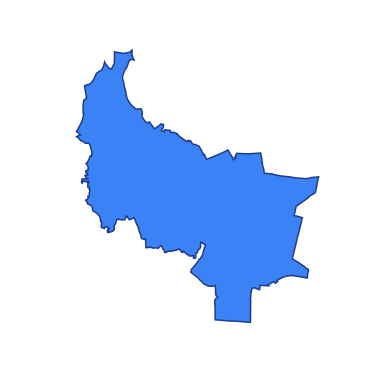 the district of Husi, Vaslui, Romania, rotated 21°
{"feature_id": "2599482B45032832471222", "entity_name": "Husi", "entity_type": "district", "adm_level": 2, "iso_a3": "ROU", "parent_name": "Romania", "parent_adm1": "Vaslui", "projection": "mercator", "projection_center": [28.068, 46.676], "detail": "fine", "context": "isolated", "style": "filled", "palette": "blue", "viewbox_px": 384, "rotation_deg": 21, "n_neighbors": 0, "source": "geoboundaries", "source_scale": "gbopen_adm2", "svg_char_len": 5972}
<svg xmlns="http://www.w3.org/2000/svg" viewBox="0 0 384 384"><g transform="rotate(21 192 192)"><path d="M128.0,260.1L128.7,259.3L129.5,259.0L131.6,257.5L132.3,256.6L132.8,255.4L132.6,254.1L131.4,251.2L132.0,248.8L131.6,244.4L137.3,242.9L139.4,241.7L139.2,240.7L139.4,239.0L139.2,238.1L139.4,238.0L139.8,238.2L140.2,238.0L140.3,238.4L143.5,240.3L144.9,239.2L147.2,236.8L152.6,242.6L153.1,242.7L154.9,244.8L155.3,245.7L156.9,247.7L159.7,250.8L161.4,253.4L163.8,253.5L164.5,253.2L165.4,252.5L169.0,260.5L171.4,259.4L172.2,258.6L172.3,258.8L173.8,258.4L175.3,258.4L176.8,257.9L178.1,257.1L180.6,256.8L181.1,255.3L182.0,253.5L182.4,253.2L183.6,253.8L183.8,254.3L184.8,255.4L187.1,256.7L188.1,258.1L188.8,258.1L189.9,257.4L190.3,256.3L191.4,255.6L193.0,254.9L194.2,254.8L194.5,254.0L194.7,253.8L196.3,253.2L198.1,251.9L198.4,251.4L199.2,251.1L199.9,249.9L201.3,249.9L201.6,250.6L203.4,251.4L203.8,251.8L204.6,252.0L205.0,251.8L205.1,250.8L205.3,250.3L210.4,252.3L212.3,251.8L212.5,252.6L214.0,252.2L216.2,250.9L216.5,251.0L216.8,251.8L216.9,253.2L218.6,252.9L218.9,251.4L217.7,248.4L217.7,247.9L218.7,246.8L218.6,243.9L219.0,242.9L219.4,242.6L219.7,241.8L219.7,239.8L218.7,238.0L218.2,235.8L222.5,236.5L223.3,236.3L223.6,237.3L223.6,239.7L223.8,241.0L223.8,243.1L224.4,246.6L224.1,248.4L224.0,249.4L223.4,251.5L222.7,252.7L222.5,254.4L221.0,259.8L220.4,260.9L219.9,263.2L219.1,264.3L219.1,264.8L219.5,265.5L219.4,267.2L228.1,269.9L230.6,271.2L233.9,272.5L235.9,273.5L237.0,273.8L238.8,273.6L240.8,274.1L245.0,272.6L247.3,271.0L251.0,279.4L251.8,280.2L253.7,280.6L253.8,281.3L252.8,282.4L252.1,283.8L252.3,284.1L252.4,285.1L252.2,285.4L253.9,289.5L254.3,289.9L259.4,303.0L269.3,300.1L271.4,299.6L278.9,297.0L293.3,292.8L285.8,272.6L285.1,272.0L285.1,271.0L284.5,269.7L284.3,267.9L283.5,266.2L282.7,265.4L283.3,264.6L282.8,263.4L282.8,261.8L282.5,260.4L283.2,259.8L285.0,259.1L289.7,259.1L290.2,258.9L288.9,254.8L297.2,252.1L296.3,251.4L300.6,246.2L302.3,247.4L304.2,244.9L302.9,244.0L307.1,239.4L308.9,237.7L314.2,234.5L317.5,233.6L330.4,231.0L329.2,226.7L328.8,223.2L328.4,222.6L324.8,221.9L324.1,221.5L322.7,221.1L317.2,219.8L309.8,218.5L309.4,217.4L307.4,201.3L307.0,198.7L306.6,197.7L306.7,196.5L305.9,188.8L305.5,186.5L304.2,176.4L295.7,177.3L295.2,173.1L294.3,168.1L301.3,157.7L303.8,153.1L307.3,148.5L306.5,142.8L305.3,137.1L304.8,132.5L298.1,135.8L296.0,137.5L293.1,138.9L283.8,141.6L277.6,142.9L269.0,145.2L263.0,146.3L260.0,146.4L260.0,146.7L254.6,148.0L252.9,148.7L251.8,147.1L251.1,145.4L249.8,143.6L249.1,143.1L245.2,136.0L242.1,131.0L230.2,136.5L219.8,139.9L219.9,142.2L220.0,143.2L221.0,145.5L219.7,143.7L219.8,145.5L219.4,146.4L219.3,147.7L219.0,146.4L217.9,145.5L214.0,142.7L211.2,140.3L210.3,140.0L210.3,140.3L203.1,147.7L193.9,156.3L190.1,152.4L189.5,153.2L188.8,152.6L188.2,151.7L187.4,151.3L184.9,148.8L184.6,148.8L183.4,147.7L182.9,147.5L182.8,147.2L181.9,146.7L180.8,146.5L179.6,146.8L178.3,146.4L178.0,146.8L177.5,146.6L176.1,147.2L173.4,145.7L172.5,145.6L172.3,145.3L172.5,144.8L172.0,144.6L170.8,145.8L170.2,145.7L170.0,145.2L169.8,145.1L168.7,146.8L161.1,144.8L157.8,143.5L157.7,143.0L157.5,142.9L156.8,143.5L156.5,143.0L153.7,142.7L152.8,143.0L152.6,143.3L151.9,143.6L151.9,143.8L150.7,144.1L149.7,142.5L149.4,142.4L144.8,143.4L144.1,143.8L144.3,144.9L144.6,145.7L144.0,146.0L143.1,145.7L141.2,145.6L141.6,143.7L142.1,142.6L141.7,140.3L141.3,139.3L140.8,139.7L140.1,139.4L139.3,139.8L138.7,139.4L137.0,142.6L134.2,146.5L127.2,141.8L125.7,143.4L125.3,143.5L122.9,143.0L121.5,141.9L120.1,141.1L119.4,140.2L118.7,139.9L118.1,139.2L117.9,138.5L117.6,136.8L116.9,135.1L115.7,133.9L114.8,132.6L110.5,134.5L109.4,134.6L107.3,133.5L105.6,133.2L102.6,131.7L101.6,130.8L100.6,130.2L100.1,129.6L98.6,128.7L98.1,128.2L95.1,123.8L94.1,121.9L91.2,118.0L88.7,113.9L86.8,111.4L86.3,110.7L85.7,108.5L85.5,102.6L86.2,100.2L86.5,97.4L86.3,93.6L86.4,91.8L87.2,90.4L88.6,89.7L90.5,89.5L89.3,88.6L88.5,87.3L86.1,84.6L86.0,82.5L85.0,81.0L84.1,83.5L82.0,85.1L79.6,86.3L78.6,87.2L69.5,88.9L73.4,99.7L72.8,104.7L72.9,105.9L72.0,106.3L70.2,106.1L68.2,105.1L64.9,103.0L63.8,101.9L64.4,106.8L63.8,110.1L63.5,111.1L62.2,112.5L60.8,114.6L60.2,116.1L60.1,119.8L59.8,122.5L59.2,125.1L57.9,127.9L53.9,130.9L53.6,131.4L57.8,138.5L59.2,140.6L59.6,141.8L59.4,142.7L59.5,143.2L58.0,145.1L59.1,149.4L61.3,155.5L62.4,157.9L62.5,158.2L63.2,158.2L63.8,164.3L63.8,166.6L62.8,176.2L62.4,176.8L67.5,178.8L65.2,180.7L64.4,181.9L66.0,182.0L68.6,183.4L70.7,184.1L72.3,183.7L72.6,183.9L73.5,184.0L73.9,184.5L74.7,184.7L77.2,184.0L77.4,183.5L78.5,183.8L79.8,184.5L83.8,190.1L84.6,191.7L85.4,194.1L85.4,194.6L84.1,194.7L84.0,195.5L84.1,197.6L83.8,201.4L83.6,202.3L83.1,203.2L82.3,203.3L83.7,203.8L85.4,205.0L86.3,206.3L86.4,207.1L87.2,208.3L87.2,208.7L86.8,209.0L86.9,209.3L86.6,209.6L85.9,209.6L85.3,210.0L85.3,210.4L85.9,211.7L86.4,212.3L88.3,212.9L88.6,213.5L86.3,214.7L86.2,215.1L86.8,215.8L88.1,216.3L88.8,216.9L89.4,217.1L90.9,216.6L87.4,218.1L86.4,218.8L84.6,219.2L85.1,220.7L85.1,221.8L85.4,222.0L85.6,222.8L86.3,223.1L86.5,222.9L86.5,221.4L87.2,220.7L88.9,220.4L90.2,219.9L90.3,220.3L90.7,220.7L91.4,220.8L91.2,219.8L91.4,219.5L92.7,218.9L92.3,219.4L91.9,220.9L92.2,222.8L93.0,224.8L94.3,224.2L94.6,224.3L95.0,224.9L94.7,225.7L94.8,226.0L95.1,226.3L96.0,226.4L96.1,226.8L96.1,227.7L96.4,228.7L96.3,229.4L96.5,230.0L97.6,232.3L96.3,233.2L96.3,233.5L97.1,234.3L97.3,234.7L96.7,236.8L95.5,237.7L95.5,237.9L97.6,238.9L98.7,240.4L99.2,240.6L103.2,240.8L104.3,241.7L104.2,241.9L105.2,243.3L105.4,244.0L106.3,245.1L110.0,245.8L113.6,247.1L114.9,248.6L115.5,248.9L116.1,250.0L116.5,251.2L116.9,251.5L117.6,252.5L118.0,252.5L118.6,253.3L118.8,253.3L119.1,253.9L119.2,255.6L120.1,257.0L120.0,257.5L123.1,257.5L123.3,257.4L123.2,256.4L123.6,255.7L124.7,255.5L125.4,254.8L126.6,255.1L127.2,255.7L126.7,256.5L127.2,256.7L127.4,256.5L127.8,256.8L127.6,257.2L126.8,258.1L127.0,258.2L127.4,258.0L127.6,258.1L127.9,258.6L127.3,259.3L128.0,260.1Z" fill="#3b82f6" stroke="#1e3a8a" stroke-width="1.5"/></g></svg>